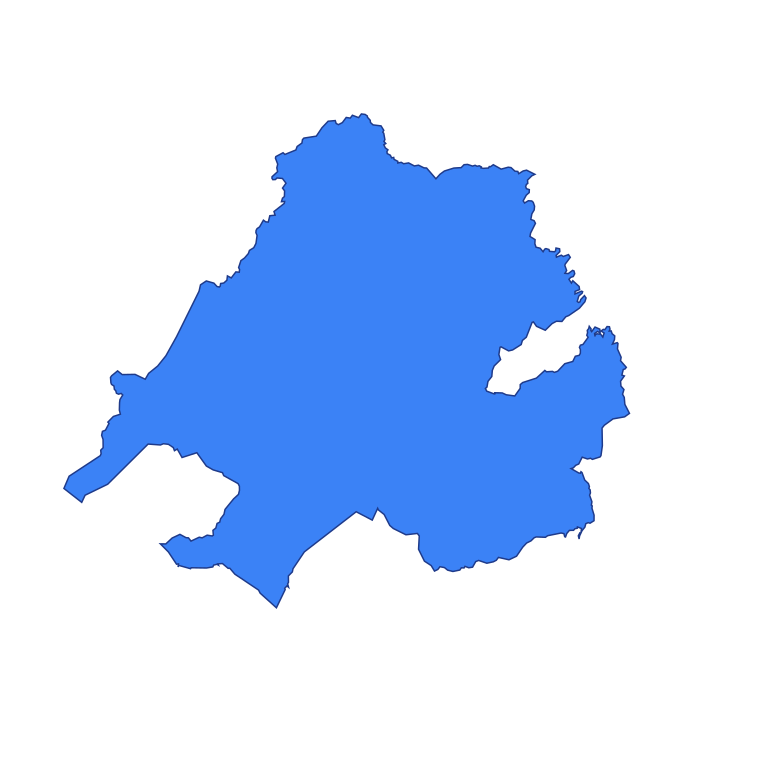 Mineral del Chico, Hidalgo, Mexico (Natural Earth projection), rotated 26°
{"feature_id": "50627088B7375180759148", "entity_name": "Mineral del Chico", "entity_type": "district", "adm_level": 2, "iso_a3": "MEX", "parent_name": "Mexico", "parent_adm1": "Hidalgo", "projection": "natural_earth1", "projection_center": [-98.75, 20.22], "detail": "fine", "context": "isolated", "style": "filled", "palette": "blue", "viewbox_px": 768, "rotation_deg": 26, "n_neighbors": 0, "source": "geoboundaries", "source_scale": "gbopen_adm2", "svg_char_len": 6170}
<svg xmlns="http://www.w3.org/2000/svg" viewBox="0 0 768 768"><g transform="rotate(26 384 384)"><path d="M203.8,289.6L203.3,297.3L201.8,300.0L201.7,302.0L202.5,304.1L204.8,306.1L207.3,313.8L207.2,318.6L204.5,322.9L204.9,326.2L203.4,331.9L201.3,335.8L202.3,343.1L204.0,344.4L204.9,347.0L201.7,348.2L200.2,355.6L195.9,355.5L197.3,359.6L195.7,363.5L193.1,365.3L193.9,368.0L193.5,369.0L191.2,369.6L186.9,367.9L179.1,369.3L175.6,375.3L177.1,381.7L176.8,432.4L175.6,454.2L172.7,467.1L167.8,477.6L167.3,484.4L156.0,484.5L144.6,490.3L138.8,489.0L135.6,496.0L135.3,498.0L138.0,502.6L139.3,503.8L142.2,504.2L144.0,507.0L145.8,507.6L147.6,509.6L149.9,509.5L151.9,507.7L154.0,508.4L153.5,513.7L154.5,516.7L157.6,523.5L160.3,526.7L155.0,531.8L152.5,539.3L154.1,540.0L153.9,547.6L151.7,550.0L152.7,553.9L155.8,557.0L159.5,564.4L158.4,567.7L160.3,570.7L160.4,572.8L141.4,604.9L142.1,618.2L164.2,622.9L164.1,615.0L179.6,595.2L198.3,541.4L209.8,536.8L211.9,534.4L216.7,532.7L222.5,533.5L224.9,535.8L226.7,533.1L234.7,538.6L245.9,527.8L260.3,535.6L268.1,536.1L277.7,534.5L280.1,536.6L296.5,537.5L298.8,539.2L300.7,542.9L301.6,547.0L299.2,553.1L296.1,566.4L297.3,571.3L296.2,576.7L296.9,580.2L295.1,582.5L296.0,587.2L294.4,590.5L296.9,594.7L296.2,595.9L291.3,597.4L288.0,602.0L285.1,602.7L279.4,609.8L275.7,608.0L273.4,608.9L266.5,608.6L261.1,615.3L258.0,623.4L253.1,625.7L263.9,629.5L276.5,636.9L278.1,635.8L279.1,638.7L279.1,637.0L291.1,634.8L291.2,633.7L305.1,627.2L310.3,623.5L310.3,621.4L312.9,619.3L314.6,619.4L313.5,618.5L317.5,616.2L324.7,618.0L326.2,617.2L333.3,620.3L361.6,624.2L364.4,626.3L385.4,632.3L385.3,612.1L384.3,611.2L385.3,608.0L387.3,608.5L385.0,605.9L385.1,604.2L382.2,598.4L384.0,593.1L383.2,589.9L386.0,569.8L415.0,511.0L433.1,511.5L432.8,498.5L434.1,499.6L441.3,501.2L451.2,508.6L455.7,509.8L469.8,509.9L479.5,503.7L482.3,505.1L487.5,517.4L498.0,525.5L506.0,526.5L511.4,530.0L513.7,527.1L514.4,523.7L518.8,522.5L522.8,523.4L528.1,522.3L533.7,518.0L534.1,515.3L536.6,514.2L536.7,512.4L540.8,512.0L543.9,509.8L544.3,503.4L546.4,501.1L555.0,500.0L560.2,495.9L562.2,493.2L562.9,489.7L573.4,487.2L578.6,480.7L580.2,469.9L581.9,464.4L584.9,460.5L586.4,456.3L587.9,454.7L596.3,451.0L597.6,448.6L608.5,440.3L611.3,439.6L613.3,442.0L614.2,441.9L613.8,438.3L614.8,434.3L618.5,432.4L619.1,430.3L620.9,429.0L620.5,427.7L624.8,427.3L626.1,430.9L626.1,432.1L625.3,432.0L625.2,435.2L627.3,437.8L626.4,434.8L626.3,429.0L627.3,424.6L626.6,421.1L628.3,419.1L630.2,418.8L632.7,414.8L630.3,409.8L625.3,404.4L624.6,402.3L623.5,402.0L622.5,398.7L617.5,393.8L617.3,391.4L615.7,388.8L613.9,388.0L613.6,386.2L611.4,383.9L606.5,382.3L600.8,376.8L599.5,376.5L599.6,378.1L598.1,378.6L589.2,378.0L590.9,376.4L592.0,373.0L594.1,370.5L594.2,362.9L599.7,362.2L602.2,360.2L604.3,360.4L610.2,354.8L610.4,353.2L607.3,343.7L599.3,328.0L600.1,324.5L605.1,315.0L614.7,308.0L617.5,302.8L609.4,296.7L605.8,290.7L602.9,288.6L602.1,283.8L597.9,282.0L595.4,277.8L596.5,271.4L593.9,271.7L592.7,266.1L594.1,264.7L594.5,262.8L586.4,259.4L585.4,256.0L578.5,250.2L576.5,245.0L575.5,244.6L571.8,248.0L571.7,243.1L570.3,239.6L567.0,238.8L564.9,236.7L563.2,237.7L563.1,235.6L561.5,233.7L559.3,234.6L558.7,238.3L557.1,238.8L555.9,241.2L559.5,241.7L560.1,245.9L557.0,244.3L553.5,245.5L552.1,247.5L552.9,248.8L551.1,246.3L552.9,243.1L555.9,243.4L553.9,240.1L548.7,240.3L547.7,245.9L546.5,245.3L546.0,243.7L543.2,242.2L543.7,244.5L543.2,246.7L544.5,248.7L544.9,251.3L547.0,252.6L545.5,261.2L543.5,263.0L543.6,265.4L545.4,266.9L547.0,270.3L546.9,272.6L543.8,275.2L543.8,281.0L537.6,286.5L534.5,296.4L532.0,298.9L529.9,298.8L524.7,301.8L522.6,301.3L518.4,311.9L508.0,321.9L506.7,324.8L508.3,328.2L506.8,337.4L498.6,340.1L494.2,340.2L487.4,343.3L488.0,344.1L487.4,344.6L479.5,345.4L477.1,343.6L477.9,341.6L476.3,336.1L477.6,330.0L475.4,324.3L475.1,319.5L478.1,311.0L474.3,307.1L472.2,300.2L472.9,299.3L481.5,299.6L484.7,297.0L490.0,288.4L489.3,284.2L491.4,279.6L490.1,263.7L491.1,262.7L495.8,265.3L505.4,265.0L508.6,256.0L511.5,252.0L516.5,249.8L517.9,243.9L520.1,241.4L526.4,230.2L528.5,222.0L527.9,218.1L525.4,216.7L523.8,221.8L524.1,224.3L523.1,225.4L521.5,225.1L520.5,219.6L522.3,215.5L522.0,213.9L520.8,214.0L516.2,219.3L515.1,217.0L518.4,213.4L516.6,210.8L508.4,208.4L508.2,211.1L504.3,208.8L505.1,206.3L507.0,204.4L507.1,201.3L505.2,199.1L503.7,199.2L501.2,204.0L498.1,205.2L498.4,201.9L494.6,198.2L494.3,196.9L495.9,188.5L493.1,186.8L489.2,190.8L486.9,190.5L483.4,194.4L482.3,192.9L484.0,188.0L483.3,186.7L482.5,185.5L479.0,186.4L479.8,189.1L479.3,190.4L474.6,192.2L473.3,190.8L470.2,191.3L469.3,192.4L469.0,195.4L464.8,193.5L460.7,194.4L458.1,191.8L456.5,188.0L450.5,187.4L449.6,184.1L449.7,173.2L447.3,171.4L443.8,171.7L442.3,166.2L442.7,161.7L441.4,158.2L438.5,155.3L436.6,154.7L433.4,156.0L431.0,159.7L428.8,158.4L429.1,151.9L430.6,148.3L429.4,145.6L426.4,146.0L424.8,144.5L424.5,142.2L425.3,140.7L423.6,137.8L425.6,132.1L427.7,129.4L418.4,129.3L415.7,131.5L412.9,135.9L411.1,134.3L408.4,135.3L403.3,133.8L400.6,134.7L395.1,139.5L386.1,139.0L384.5,142.0L383.3,142.4L383.2,144.1L378.6,146.7L376.4,147.2L376.3,146.2L374.0,146.1L372.2,147.5L370.0,147.5L368.1,149.3L362.8,150.0L359.8,151.8L358.5,155.7L352.1,159.3L344.9,166.1L342.4,170.9L340.7,176.8L327.6,171.2L325.2,172.2L319.1,172.2L315.7,174.7L309.2,174.5L305.1,177.4L302.3,177.2L299.5,179.3L298.8,177.8L294.6,177.7L293.4,176.1L291.7,177.4L289.4,175.6L285.9,175.5L284.7,173.8L284.9,171.8L281.7,171.2L278.9,169.0L280.2,167.1L277.6,166.0L277.7,164.0L273.9,158.8L272.5,158.2L272.6,156.1L268.2,153.3L260.6,155.9L257.2,154.9L256.0,153.0L252.2,151.5L251.5,150.4L248.8,150.0L245.3,151.2L244.4,155.7L237.8,156.3L237.1,159.8L233.2,161.0L232.0,167.3L229.3,170.9L226.8,170.8L224.7,168.6L218.6,172.3L215.9,180.9L214.5,190.9L204.2,198.1L203.6,200.1L204.6,203.4L201.8,208.6L202.2,212.3L194.3,221.1L191.9,220.4L187.1,227.0L187.4,228.6L192.1,233.0L192.9,236.7L195.3,239.8L192.5,246.8L193.1,248.2L194.5,249.1L196.7,247.9L197.6,245.7L202.6,243.8L207.9,246.5L206.9,252.4L210.0,254.0L212.3,259.2L211.3,261.5L211.9,265.1L214.7,263.5L215.2,265.4L209.5,277.2L212.1,280.0L207.6,282.8L209.0,289.2L206.6,290.1L203.8,289.6Z" fill="#3b82f6" stroke="#1e3a8a" stroke-width="1.5"/></g></svg>